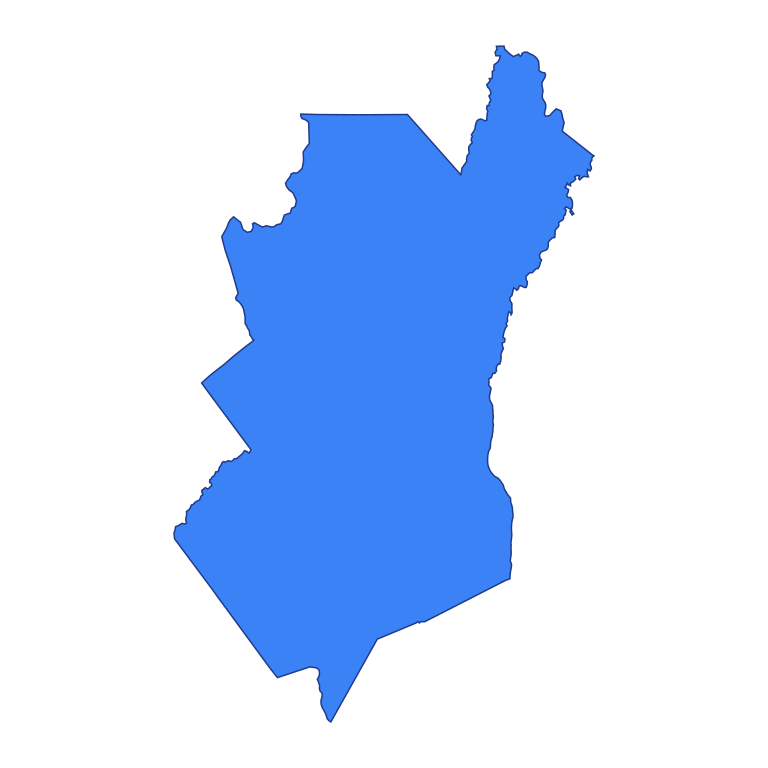 outline of Barra do Corda, Maranhão, Brazil
{"feature_id": "56859067B55927222029578", "entity_name": "Barra do Corda", "entity_type": "district", "adm_level": 2, "iso_a3": "BRA", "parent_name": "Brazil", "parent_adm1": "Maranhão", "projection": "equal_earth", "projection_center": [-45.09, -5.51], "detail": "fine", "context": "isolated", "style": "filled", "palette": "blue", "viewbox_px": 768, "rotation_deg": 0, "n_neighbors": 0, "source": "geoboundaries", "source_scale": "gbopen_adm2", "svg_char_len": 6072}
<svg xmlns="http://www.w3.org/2000/svg" viewBox="0 0 768 768"><path d="M570.9,209.5L572.2,207.9L572.5,204.7L572.4,202.4L572.0,200.1L570.4,197.5L567.9,197.4L566.6,195.5L568.1,192.2L568.6,189.6L566.7,188.3L564.8,187.5L566.4,185.5L567.2,183.1L568.6,184.9L570.5,185.8L570.3,183.1L572.1,182.3L573.9,181.0L575.8,179.1L574.7,176.7L576.9,175.5L579.5,175.7L578.6,178.7L579.8,179.9L582.4,177.3L584.5,176.3L586.7,176.8L588.5,176.8L587.7,174.6L587.2,172.8L587.6,169.4L590.1,171.0L591.4,168.7L591.0,166.2L590.1,164.7L590.6,161.9L591.8,160.5L591.9,157.8L594.0,155.8L592.5,155.0L562.2,131.1L564.1,122.7L563.4,120.3L562.8,118.5L562.3,115.8L561.8,113.6L561.0,110.9L556.2,108.8L553.5,111.4L549.8,115.4L548.1,115.9L545.7,116.2L544.4,114.5L544.9,111.2L545.7,108.3L545.8,105.3L545.3,103.1L542.5,98.3L542.2,95.6L542.7,92.8L543.0,90.5L542.2,86.7L541.8,84.0L542.4,81.8L545.0,77.2L545.6,74.7L544.6,72.8L542.3,72.5L540.1,71.4L538.8,70.0L539.1,67.6L538.8,65.0L538.6,61.4L536.7,58.3L534.9,56.5L533.3,55.4L531.2,54.3L529.1,53.4L527.3,52.2L524.6,52.1L522.2,53.2L521.5,55.3L520.2,56.4L518.7,54.2L517.3,54.9L514.9,55.8L513.6,56.7L510.5,54.5L509.0,53.3L504.7,49.2L504.0,46.1L498.6,46.2L496.4,46.3L497.0,49.1L495.1,52.2L495.9,55.8L498.2,55.8L500.3,55.9L499.8,58.0L499.1,59.9L497.9,61.9L496.2,63.3L494.2,64.6L493.8,66.9L494.1,70.3L492.3,71.3L492.3,76.7L491.7,78.6L489.3,78.6L490.0,80.7L488.5,83.0L486.7,84.7L487.8,87.3L489.5,89.0L490.6,91.7L490.9,93.7L488.9,96.0L489.9,98.1L490.8,100.7L489.4,102.4L488.9,105.6L487.2,105.5L486.6,108.7L487.8,111.3L487.1,114.1L486.7,120.3L484.6,120.8L483.3,120.0L481.2,119.1L478.8,119.5L477.0,120.8L476.2,122.6L475.4,125.6L475.1,128.4L474.0,131.0L472.7,132.7L471.4,134.9L472.4,136.6L471.4,138.2L471.2,140.5L472.3,142.6L470.3,144.6L468.8,146.9L468.6,149.5L469.3,153.3L467.3,155.4L466.5,159.2L466.8,161.2L465.1,163.7L463.3,166.2L461.9,168.3L461.7,170.4L460.8,174.8L407.4,114.5L359.4,114.8L316.6,114.5L300.7,114.1L301.0,116.6L302.0,118.5L304.7,119.5L306.2,120.3L307.7,121.3L308.7,123.1L309.3,143.5L306.1,147.5L303.2,152.0L303.5,159.1L303.4,162.2L302.2,168.2L298.2,172.3L296.2,173.2L293.7,172.8L291.2,173.9L290.2,176.6L288.1,179.2L285.5,183.3L286.6,186.7L289.0,189.9L293.0,192.8L295.8,199.0L296.4,201.1L295.3,206.1L293.6,207.6L291.9,208.1L291.2,209.9L290.2,213.1L287.4,213.9L284.2,215.2L282.3,221.3L280.8,223.8L276.7,224.7L273.8,226.8L271.9,227.0L266.1,225.7L263.5,226.8L261.6,226.7L254.2,222.7L252.6,223.8L253.2,227.5L251.3,231.3L247.6,232.3L246.0,231.6L243.0,229.5L241.9,226.4L241.3,224.5L240.4,222.1L238.7,221.0L233.6,216.8L230.0,220.2L228.4,223.3L226.8,227.7L221.8,236.6L222.7,240.5L225.4,250.9L230.3,265.4L233.7,277.3L238.2,293.5L237.0,295.2L235.7,297.7L236.2,300.0L238.6,301.5L240.7,303.8L242.2,306.2L243.5,308.8L244.0,311.3L244.6,314.3L245.1,316.9L245.1,323.4L246.8,326.3L247.7,328.2L249.1,330.4L249.6,332.8L249.9,335.1L251.3,336.8L252.4,339.0L253.9,339.9L251.6,342.1L245.5,346.6L232.1,357.4L224.5,364.1L216.3,370.4L209.6,375.8L201.6,383.0L213.2,398.8L250.9,449.6L250.2,451.4L249.1,453.1L247.0,451.5L244.4,450.7L243.1,452.8L241.4,454.6L236.4,458.8L234.4,458.6L232.7,460.6L231.0,461.6L228.9,460.7L227.2,461.1L225.2,462.3L223.7,461.6L222.1,462.5L221.0,465.2L219.5,467.3L218.7,469.8L217.8,471.8L215.8,471.8L215.0,474.0L213.8,476.2L212.4,476.6L211.3,478.7L209.9,479.6L209.6,482.4L211.1,483.2L211.9,485.6L210.1,486.8L209.0,488.2L207.3,488.9L205.3,487.6L203.5,489.1L201.8,490.4L202.0,492.5L202.9,494.7L201.0,496.1L199.6,499.9L196.7,501.3L194.9,502.4L193.4,504.3L191.4,505.0L190.3,507.8L189.0,509.7L186.5,511.4L186.7,514.9L186.0,517.6L185.7,519.9L186.5,523.1L184.3,524.1L182.4,523.3L180.1,524.5L177.8,525.9L175.6,526.6L175.2,529.3L174.5,531.4L174.0,533.5L174.6,538.9L212.6,589.8L216.5,595.3L270.8,669.3L277.5,677.6L309.8,666.9L316.0,667.8L317.5,668.4L319.3,670.6L319.5,673.7L318.9,676.7L317.3,679.2L318.5,682.2L319.6,685.6L319.4,688.7L320.2,691.2L321.6,692.6L322.2,694.5L322.0,696.6L321.0,700.3L321.1,704.0L322.0,707.0L324.0,710.6L325.2,712.9L326.2,715.3L327.2,718.7L328.8,720.6L330.9,721.9L377.3,639.1L416.2,622.9L417.6,621.7L419.4,623.0L420.5,621.7L424.7,621.7L505.1,580.6L510.0,578.7L510.0,576.1L510.4,572.3L510.8,569.9L511.4,567.0L511.5,564.3L510.2,560.5L510.8,557.2L511.2,553.5L511.0,548.0L511.2,545.3L510.9,543.0L511.8,535.6L511.6,532.2L511.4,528.3L511.5,525.9L511.8,522.3L512.2,520.1L513.0,517.5L512.9,513.6L512.5,510.1L512.4,508.0L511.8,505.3L510.8,502.7L510.5,498.2L508.6,495.7L507.3,494.2L506.2,491.9L504.9,490.2L504.0,487.8L503.3,485.2L501.2,482.0L499.6,479.8L497.8,478.0L495.8,477.0L493.9,475.7L492.0,473.4L490.4,471.2L489.0,468.3L488.0,465.3L487.6,461.8L487.6,458.8L487.8,455.6L488.4,452.0L490.3,447.9L490.6,442.6L491.3,439.1L492.3,436.2L492.3,433.9L492.9,431.9L492.9,429.5L493.0,427.2L493.5,425.2L493.0,422.9L492.8,420.6L493.4,417.2L493.0,413.4L492.9,410.3L492.6,407.9L492.6,405.7L491.8,403.9L489.8,400.1L489.4,396.9L489.8,394.2L490.4,392.0L491.0,388.0L488.7,385.1L489.1,382.0L488.6,379.0L491.2,377.7L492.8,373.4L494.8,373.3L496.5,371.0L496.3,368.8L496.6,366.5L498.2,364.0L499.7,364.2L500.6,361.5L501.1,357.7L500.9,354.2L502.2,350.9L503.4,348.7L502.4,345.6L502.2,343.1L504.6,341.9L504.9,338.5L502.9,337.6L503.3,335.4L503.9,332.5L504.5,330.4L505.4,328.4L507.0,325.8L506.1,323.3L507.6,321.1L507.3,317.8L508.0,315.3L508.3,313.3L509.2,311.6L510.5,312.8L511.1,314.7L512.1,312.8L511.8,307.3L512.0,303.8L510.6,301.5L509.7,299.2L510.2,297.1L511.9,295.5L513.7,288.0L515.4,288.7L516.7,290.3L518.5,288.8L518.9,286.4L520.6,285.6L522.3,286.4L524.5,287.5L526.2,287.4L527.0,285.2L527.4,281.9L526.1,279.4L526.0,276.4L528.0,274.3L529.6,272.9L532.5,272.6L534.7,270.1L536.4,268.6L538.1,268.5L539.5,265.9L540.3,262.7L541.6,259.8L540.0,258.4L539.5,254.6L541.0,252.2L542.4,251.4L546.0,250.1L547.6,248.7L548.2,246.3L548.2,243.8L548.5,241.8L550.2,239.9L552.4,237.8L554.7,237.5L555.1,234.7L555.0,231.8L555.6,229.5L557.5,227.6L558.9,225.8L558.6,222.9L560.3,221.2L561.8,220.6L563.5,219.0L563.7,216.0L565.3,214.7L566.1,209.8L564.5,208.6L565.9,206.9L567.9,207.8L570.9,209.5ZM570.9,209.5L569.9,211.6L572.2,215.0L573.8,213.8L570.9,209.5Z" fill="#3b82f6" stroke="#1e3a8a" stroke-width="1.5"/></svg>